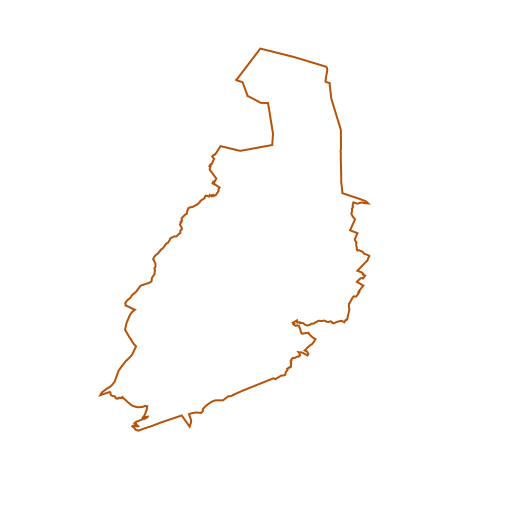 Texcoco, México, Mexico, rotated 107°
{"feature_id": "50627088B50126405105256", "entity_name": "Texcoco", "entity_type": "district", "adm_level": 2, "iso_a3": "MEX", "parent_name": "Mexico", "parent_adm1": "México", "projection": "equal_earth", "projection_center": [-98.834, 19.476], "detail": "fine", "context": "isolated", "style": "outline", "palette": "amber", "viewbox_px": 512, "rotation_deg": 107, "n_neighbors": 0, "source": "geoboundaries", "source_scale": "gbopen_adm2", "svg_char_len": 6063}
<svg xmlns="http://www.w3.org/2000/svg" viewBox="0 0 512 512"><g transform="rotate(107 256 256)"><path d="M69.1,236.1L69.1,240.3L67.5,240.9L57.2,242.2L56.1,242.7L55.5,243.1L54.5,244.3L54.6,277.4L56.4,312.5L93.1,326.1L93.1,326.4L93.5,326.4L93.7,325.2L93.7,324.5L93.6,321.0L93.8,319.6L104.8,311.2L105.3,311.1L105.6,310.2L105.6,309.5L106.3,305.4L108.0,296.9L108.2,296.5L106.2,289.2L134.1,275.5L145.1,272.9L160.1,301.9L161.3,322.0L170.8,324.7L170.8,325.1L171.3,325.3L172.1,326.4L173.7,327.0L175.2,324.5L176.8,324.8L180.7,325.2L181.7,325.4L181.7,326.3L183.7,326.8L183.9,325.7L185.9,325.8L187.2,325.3L193.5,316.6L197.3,317.4L197.2,318.5L199.2,318.8L199.7,316.7L199.4,316.7L201.2,310.8L203.6,311.4L204.7,310.8L209.9,312.4L210.1,313.5L210.4,313.6L210.1,314.6L211.2,314.7L210.8,315.8L211.8,315.9L211.2,318.0L212.8,318.2L212.8,320.7L212.9,321.1L212.9,321.7L214.6,322.3L215.6,322.1L217.4,323.4L218.4,324.4L220.0,325.5L220.8,325.4L224.1,327.4L224.7,328.2L227.6,330.9L228.3,332.2L228.4,332.9L230.1,334.7L233.5,334.9L234.4,334.7L236.1,334.7L236.9,335.6L239.8,337.3L241.5,338.1L242.5,337.9L243.5,337.3L243.7,337.5L244.1,337.2L244.9,337.4L245.5,337.2L245.8,337.9L246.0,337.7L248.3,337.9L248.5,337.7L250.3,335.7L251.5,334.8L252.4,334.8L253.7,335.7L255.0,335.6L255.9,335.1L256.7,335.4L257.4,336.2L260.2,337.5L260.7,338.2L261.1,339.8L264.0,343.0L266.3,343.3L269.3,344.2L270.8,345.7L275.0,347.0L276.6,347.8L277.7,348.8L278.9,349.2L279.3,349.2L280.8,350.2L281.7,350.1L284.5,352.2L287.2,353.3L289.3,353.3L289.4,352.8L289.8,352.6L291.4,351.2L292.6,350.0L294.8,349.2L295.9,349.0L297.3,349.5L297.7,349.5L299.2,348.4L301.2,348.2L302.9,347.7L303.7,347.9L305.0,348.4L307.1,349.0L308.1,349.1L309.7,348.6L311.0,348.7L312.7,350.1L317.6,357.0L318.4,357.8L319.8,358.2L322.6,359.4L323.8,359.6L326.2,360.8L329.6,363.1L332.9,364.0L333.6,364.6L335.5,365.8L337.5,366.8L339.3,367.3L340.6,366.4L341.5,366.3L341.9,362.1L342.4,359.7L342.8,356.1L344.1,357.0L346.2,358.3L348.7,359.2L350.8,359.5L357.8,360.2L361.9,359.9L364.6,359.8L365.8,358.6L370.9,353.1L372.2,351.3L374.3,349.1L375.8,347.2L377.5,344.3L386.1,345.5L389.9,347.1L392.2,348.4L393.2,348.9L394.1,349.6L395.9,350.3L398.2,351.1L400.8,352.2L405.9,353.9L417.4,354.4L422.0,356.2L424.5,358.0L426.5,359.8L430.2,362.6L431.2,363.3L431.9,363.6L434.6,364.2L428.8,356.1L429.0,355.4L429.4,355.1L430.3,354.9L430.8,354.6L431.6,353.7L431.8,352.6L431.6,349.9L431.8,349.5L432.1,349.2L432.9,348.8L433.1,347.3L432.6,347.0L432.7,346.3L432.3,345.7L431.6,345.6L431.5,345.3L431.3,343.8L431.1,343.8L430.8,343.5L430.5,342.8L429.9,342.5L430.2,342.1L430.8,342.0L430.8,340.7L431.2,340.0L433.3,335.8L434.9,331.8L435.4,329.9L435.4,326.0L435.1,324.5L433.7,320.7L432.7,319.3L431.9,318.4L431.5,316.1L435.8,315.5L436.9,315.8L439.6,315.8L441.1,316.1L443.1,316.8L442.4,314.9L441.3,312.6L441.7,312.6L443.1,313.7L444.8,315.6L445.3,317.1L446.6,318.2L448.3,320.4L449.4,322.0L450.8,323.0L451.1,322.2L452.0,323.0L452.1,322.5L452.0,321.7L452.7,320.0L452.8,319.5L453.2,318.9L453.5,319.4L453.8,320.4L454.4,323.9L454.8,324.5L455.1,324.5L455.7,322.7L456.5,321.4L457.1,320.7L457.5,319.6L457.5,319.1L457.3,318.1L457.4,317.3L453.7,312.6L449.2,306.1L442.6,297.7L430.2,280.4L438.6,269.6L434.0,269.5L432.1,270.0L426.9,273.8L425.5,272.0L424.0,269.3L423.5,268.3L422.9,266.5L422.2,262.7L419.8,261.5L418.7,261.9L417.5,261.9L414.4,260.4L412.4,259.0L409.6,256.9L408.3,255.7L407.1,254.3L405.9,252.6L403.7,245.4L398.3,241.5L397.3,239.1L395.1,236.3L395.8,237.6L388.1,228.7L367.8,203.5L368.2,201.5L363.0,196.9L361.8,194.0L360.8,193.2L358.7,193.6L355.5,192.5L354.8,193.1L354.7,192.8L353.5,192.3L352.8,191.1L352.6,191.2L352.2,190.5L351.7,190.9L351.2,190.4L348.5,190.8L348.4,191.1L347.8,191.2L347.6,191.6L346.5,192.2L345.7,191.7L345.6,191.9L345.0,192.0L344.8,191.9L344.3,191.9L342.8,191.0L342.7,190.8L342.8,190.5L341.7,188.6L340.2,187.2L339.7,185.8L338.6,185.0L338.0,184.8L337.3,185.4L337.1,185.8L336.1,186.1L335.5,187.1L334.8,183.9L336.0,177.7L334.4,177.3L332.4,179.3L332.1,181.8L330.7,181.0L328.4,180.0L326.9,178.9L325.3,178.0L324.1,176.8L321.9,175.8L320.2,175.3L318.7,175.2L318.1,174.9L317.4,177.8L315.3,182.2L314.0,183.4L316.9,189.5L315.4,190.9L312.6,192.6L310.5,194.4L310.2,195.5L310.3,196.5L311.2,197.5L310.9,199.0L310.1,200.6L309.4,199.8L308.8,201.1L307.8,200.1L305.6,198.0L307.6,197.0L306.5,194.8L307.4,194.3L307.0,193.9L306.4,191.5L306.8,190.3L307.3,189.4L307.6,187.2L307.2,186.2L306.0,184.3L305.5,183.9L304.9,183.7L304.7,183.4L304.4,182.9L304.1,182.0L303.5,180.7L302.8,180.2L302.2,180.0L300.8,178.2L299.9,177.7L299.7,176.8L299.3,176.3L299.3,175.0L299.1,174.6L298.6,173.3L298.1,172.7L297.9,172.1L297.9,171.4L297.8,170.6L298.3,169.6L297.9,167.4L297.2,166.4L296.6,165.7L296.7,165.4L296.8,165.1L296.9,164.2L297.0,164.0L297.4,163.9L297.6,163.7L297.8,162.1L296.5,160.7L294.4,157.9L292.9,155.1L293.6,152.2L291.7,151.7L291.3,151.7L290.9,151.3L290.7,151.0L290.7,150.7L289.5,150.5L289.5,150.3L280.5,151.0L279.9,151.1L276.6,152.6L274.6,153.1L274.5,152.9L268.1,151.6L266.1,150.9L265.5,148.3L260.3,146.7L260.3,147.5L259.5,147.3L252.9,144.7L251.2,152.0L248.9,150.8L246.7,149.4L245.9,147.7L245.9,147.4L246.1,147.1L242.9,145.9L242.5,148.3L241.8,148.1L240.8,149.8L240.5,154.7L228.5,148.7L228.2,148.2L225.1,148.0L222.9,147.6L222.7,147.8L222.2,151.4L222.2,153.5L220.9,154.9L220.3,159.1L221.1,160.3L220.8,161.0L220.0,161.6L219.5,161.8L218.9,161.8L218.4,162.2L217.2,162.9L217.1,163.0L214.7,163.9L213.7,163.9L213.4,164.1L212.6,165.4L211.6,166.2L210.9,166.5L209.8,166.2L208.0,166.1L204.5,165.6L203.9,173.6L199.9,173.0L199.7,172.9L199.2,173.0L192.1,172.0L191.9,172.1L189.7,175.4L189.2,175.6L188.2,176.9L187.1,177.3L185.7,177.2L184.3,177.4L182.5,178.1L181.8,177.7L180.9,177.6L180.5,177.7L180.0,178.3L176.3,178.6L176.1,178.3L176.3,175.5L176.2,174.1L175.9,173.6L174.9,172.3L173.8,170.2L173.8,168.6L173.6,167.2L172.9,164.1L171.7,166.6L171.7,167.0L171.6,167.7L171.4,168.3L171.1,174.0L170.7,190.8L170.6,191.7L170.4,191.8L162.1,195.3L161.1,195.9L153.9,198.1L138.1,203.4L132.6,205.0L131.9,205.5L131.1,205.8L130.6,205.7L127.6,206.4L110.6,211.7L83.5,230.0L71.4,235.3L69.1,236.1Z" fill="none" stroke="#b45309" stroke-width="2"/></g></svg>